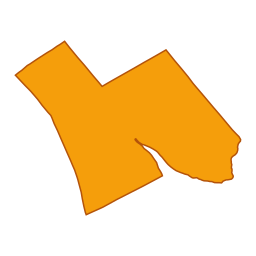 the district of Ungureni, Botosani, Romania, rotated 180°
{"feature_id": "2599482B2994749554598", "entity_name": "Ungureni", "entity_type": "district", "adm_level": 2, "iso_a3": "ROU", "parent_name": "Romania", "parent_adm1": "Botosani", "projection": "natural_earth1", "projection_center": [26.795, 47.826], "detail": "fine", "context": "isolated", "style": "filled", "palette": "amber", "viewbox_px": 256, "rotation_deg": 180, "n_neighbors": 0, "source": "geoboundaries", "source_scale": "gbopen_adm2", "svg_char_len": 2014}
<svg xmlns="http://www.w3.org/2000/svg" viewBox="0 0 256 256"><g transform="rotate(180 128 128)"><path d="M204.7,139.5L204.0,138.0L201.8,132.3L198.5,125.4L195.5,118.4L192.3,111.1L189.2,104.0L185.3,95.2L183.6,91.1L181.4,86.1L179.0,79.1L178.1,76.2L176.9,71.6L174.8,63.8L173.6,56.8L173.3,55.4L172.2,50.0L170.7,43.8L169.8,41.3L153.0,48.9L139.0,56.6L111.4,70.7L93.6,80.2L94.1,81.8L95.1,83.8L96.5,86.1L97.6,87.8L98.7,91.2L99.4,93.4L102.5,97.8L104.4,100.7L106.6,103.2L109.6,105.7L112.0,107.5L112.8,108.7L114.0,110.2L116.0,111.9L117.8,113.1L119.1,114.1L120.4,115.6L120.9,116.3L120.6,117.1L120.1,117.1L119.6,116.4L117.1,113.7L114.0,111.7L111.8,111.1L106.2,108.8L102.9,107.0L100.0,105.2L98.4,103.9L95.9,100.8L93.8,98.7L91.4,95.6L89.6,93.4L87.9,91.5L85.2,89.1L82.4,87.0L79.8,85.3L75.2,83.4L72.8,82.6L71.7,82.1L69.9,81.6L68.1,81.2L66.4,79.9L63.9,78.3L62.8,78.0L61.0,78.1L59.7,78.3L58.5,78.0L57.5,77.2L56.2,76.7L55.0,76.4L53.9,75.8L52.0,75.2L48.6,75.0L47.5,74.8L46.2,74.5L44.1,74.4L41.5,73.4L39.2,73.3L36.8,73.3L35.6,73.2L34.6,73.1L34.1,73.4L33.6,74.1L33.1,74.7L31.7,75.4L29.9,76.1L28.1,76.2L26.4,76.5L24.5,76.9L23.9,77.5L23.4,78.0L22.8,79.2L22.9,80.3L23.2,80.9L23.6,81.6L24.0,82.6L24.3,83.5L24.0,84.9L24.0,87.0L24.6,87.7L24.5,89.8L24.2,91.2L24.7,93.1L24.7,94.3L25.0,96.1L24.8,97.4L24.4,98.5L22.8,100.0L20.9,101.2L19.5,102.7L18.9,103.8L18.3,105.8L18.2,107.8L18.5,108.8L17.9,111.6L17.5,112.4L16.7,113.6L15.6,114.8L15.4,116.5L17.0,119.3L19.8,122.1L23.8,126.3L35.8,140.7L42.7,148.7L53.5,161.5L62.9,172.5L67.9,179.2L73.9,186.5L81.4,195.4L87.5,203.0L90.0,206.1L96.4,202.4L106.4,196.7L112.5,193.3L114.7,192.0L118.7,189.7L123.6,186.9L132.6,181.8L142.0,176.5L148.3,172.9L153.9,169.6L158.1,174.6L162.9,180.2L171.2,190.3L178.5,198.7L186.4,208.3L191.4,214.7L195.9,211.6L199.1,209.7L204.0,206.2L208.6,203.5L218.1,197.4L220.2,196.0L226.1,192.0L228.7,190.5L234.2,185.7L237.3,183.5L240.6,180.8L231.0,170.6L225.5,165.0L218.5,156.9L213.9,150.7L207.9,143.5L205.1,140.5L204.7,139.5Z" fill="#f59e0b" stroke="#b45309" stroke-width="1.5"/></g></svg>